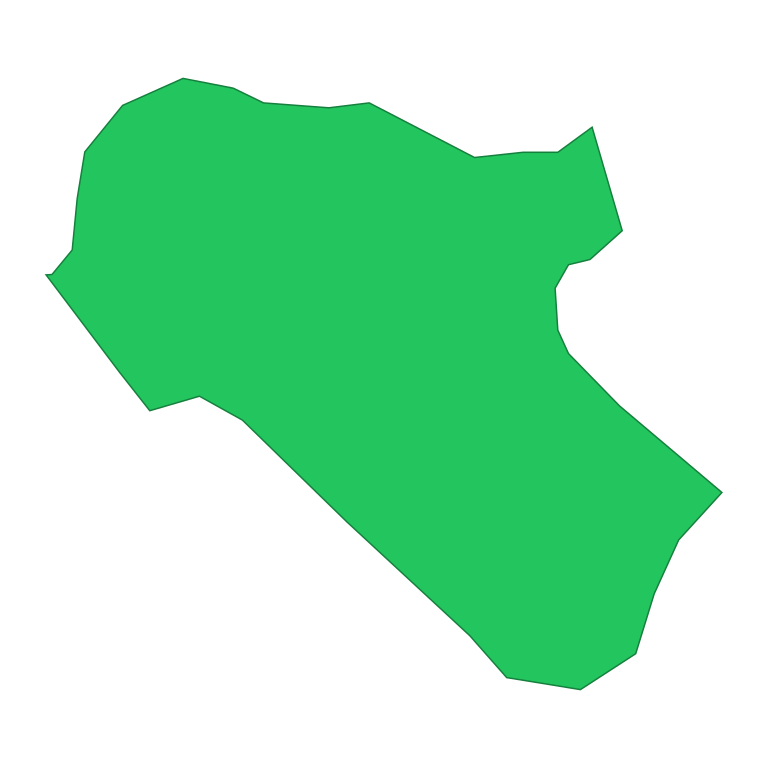 the district of Dalseo-gu, Daegu, South Korea
{"feature_id": "91817680B1574399427608", "entity_name": "Dalseo-gu", "entity_type": "district", "adm_level": 2, "iso_a3": "KOR", "parent_name": "South Korea", "parent_adm1": "Daegu", "projection": "robinson", "projection_center": [128.53, 35.815], "detail": "fine", "context": "isolated", "style": "filled", "palette": "green", "viewbox_px": 768, "rotation_deg": 0, "n_neighbors": 0, "source": "geoboundaries", "source_scale": "gbopen_adm2", "svg_char_len": 545}
<svg xmlns="http://www.w3.org/2000/svg" viewBox="0 0 768 768"><path d="M721.9,492.5L619.5,405.9L568.5,353.6L557.8,330.1L555.1,288.2L568.5,264.7L590.0,259.5L622.2,230.7L592.1,127.2L557.8,152.3L522.9,152.3L474.5,157.5L369.2,102.9L328.9,107.8L263.5,102.9L233.3,88.2L183.0,78.4L122.6,105.4L84.8,151.9L77.2,198.5L72.2,250.0L52.0,274.5L46.1,274.9L119.5,372.2L149.8,410.7L199.4,396.2L242.4,420.1L346.9,521.9L469.8,635.7L506.7,677.6L580.4,689.6L635.7,653.7L654.2,593.8L678.7,539.9L721.9,492.5Z" fill="#22c55e" stroke="#15803d" stroke-width="1.5"/></svg>